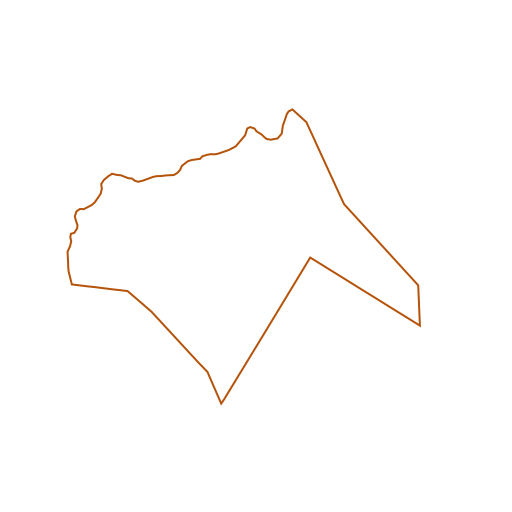 the district of Carnaubais, Rio Grande do Norte, Brazil, rotated 212°
{"feature_id": "56859067B9950716066401", "entity_name": "Carnaubais", "entity_type": "district", "adm_level": 2, "iso_a3": "BRA", "parent_name": "Brazil", "parent_adm1": "Rio Grande do Norte", "projection": "mercator", "projection_center": [-36.795, -5.268], "detail": "fine", "context": "isolated", "style": "outline", "palette": "amber", "viewbox_px": 512, "rotation_deg": 212, "n_neighbors": 0, "source": "geoboundaries", "source_scale": "gbopen_adm2", "svg_char_len": 1245}
<svg xmlns="http://www.w3.org/2000/svg" viewBox="0 0 512 512"><g transform="rotate(212 256 256)"><path d="M302.8,399.6L304.9,396.0L305.1,393.0L303.9,387.9L302.3,380.7L299.0,373.4L300.0,367.1L305.2,362.4L308.9,360.9L311.9,361.2L315.4,362.0L321.7,362.0L324.8,363.3L329.3,362.2L331.0,359.5L330.0,355.9L329.2,352.5L331.3,338.2L335.3,331.4L339.4,326.3L342.8,322.2L345.1,320.2L347.9,318.7L351.1,315.9L354.3,312.1L354.9,308.8L361.2,303.5L364.0,300.3L366.6,293.2L366.0,288.8L366.7,284.8L368.6,281.1L372.7,278.3L375.6,276.2L378.6,273.7L382.9,270.8L385.3,268.4L391.7,260.2L395.1,256.6L398.6,255.6L402.2,256.0L405.5,254.3L413.2,252.9L417.3,250.9L421.6,249.5L423.4,245.7L425.3,239.9L425.4,235.0L422.3,231.2L420.8,226.7L420.8,222.8L421.2,215.9L422.3,212.2L426.8,204.6L430.3,202.4L431.9,198.7L430.6,193.5L426.8,190.0L423.8,187.6L422.3,184.6L422.4,179.3L424.7,176.8L423.6,173.7L420.5,170.6L418.9,165.9L418.1,159.8L411.7,150.6L409.1,146.7L406.8,143.7L397.1,134.3L381.5,141.6L377.7,143.5L359.6,151.9L346.4,158.2L315.2,153.4L248.3,135.1L235.8,132.0L207.3,112.4L207.1,116.9L207.9,188.9L208.4,226.4L209.2,283.4L80.1,283.8L102.9,317.1L208.7,346.6L213.4,349.6L265.7,384.0L269.1,386.3L284.2,396.2L302.8,399.6Z" fill="none" stroke="#b45309" stroke-width="2"/></g></svg>